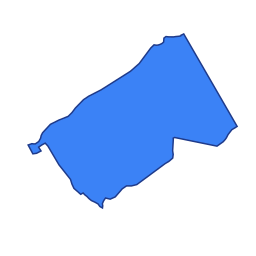 Omusati, Natural Earth projection, rotated 60°
{"feature_id": "NAM-3350", "entity_name": "Omusati", "entity_type": "Region", "adm_level": 1, "iso_a3": "NAM", "parent_name": "Namibia", "parent_adm1": "", "projection": "natural_earth1", "projection_center": [14.875, -18.403], "detail": "fine", "context": "isolated", "style": "filled", "palette": "blue", "viewbox_px": 256, "rotation_deg": 60, "n_neighbors": 0, "source": "natural_earth", "source_scale": "10m", "svg_char_len": 1151}
<svg xmlns="http://www.w3.org/2000/svg" viewBox="0 0 256 256"><g transform="rotate(60 128 128)"><path d="M79.8,32.7L100.3,32.7L120.7,32.7L141.2,32.7L161.6,32.7L181.2,32.7L181.4,39.0L183.7,44.6L185.7,47.7L186.5,49.4L187.5,52.4L188.2,60.0L159.5,92.4L159.4,93.9L160.9,94.7L170.0,100.7L173.5,102.1L176.4,104.3L177.3,108.9L177.4,113.7L181.4,148.7L179.9,153.9L177.4,158.2L177.8,163.4L181.3,173.5L180.7,179.0L177.4,182.5L178.8,185.4L180.7,188.0L182.8,188.8L184.5,190.1L181.9,191.6L178.8,191.9L175.6,193.8L172.5,196.0L169.6,197.1L166.7,197.8L164.3,198.8L161.8,199.4L161.8,200.7L161.8,202.1L153.3,205.0L148.6,204.6L143.7,203.5L125.4,206.2L103.5,206.4L99.7,207.3L99.6,211.0L99.9,215.0L104.4,214.8L104.2,219.8L102.8,223.3L92.8,223.0L93.5,219.1L94.5,217.8L95.4,216.2L95.1,212.1L93.2,208.9L91.0,206.8L89.4,204.3L86.0,193.3L86.6,183.6L88.0,174.0L86.6,168.7L84.4,163.6L81.2,152.3L80.8,145.9L81.5,132.6L80.1,97.6L77.8,86.1L70.1,68.3L69.0,63.9L70.5,62.0L71.2,60.5L71.6,58.7L71.8,56.3L71.4,54.2L68.1,51.9L67.8,49.4L69.4,47.2L71.9,43.0L72.6,41.1L74.1,37.8L74.6,36.2L74.1,35.6L74.3,34.7L74.4,32.7L79.8,32.7Z" fill="#3b82f6" stroke="#1e3a8a" stroke-width="1.5"/></g></svg>